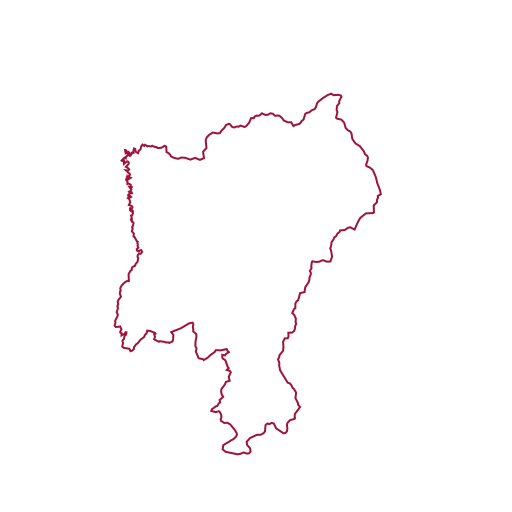 Tosing, Quthing, Lesotho, rotated 235°
{"feature_id": "5366337B57402845150405", "entity_name": "Tosing", "entity_type": "district", "adm_level": 2, "iso_a3": "LSO", "parent_name": "Lesotho", "parent_adm1": "Quthing", "projection": "albers", "projection_center": [28.037, -30.451], "detail": "fine", "context": "isolated", "style": "outline", "palette": "rose", "viewbox_px": 512, "rotation_deg": 235, "n_neighbors": 0, "source": "geoboundaries", "source_scale": "gbopen_adm2", "svg_char_len": 6140}
<svg xmlns="http://www.w3.org/2000/svg" viewBox="0 0 512 512"><g transform="rotate(235 256 256)"><path d="M235.0,393.7L239.1,395.4L246.7,397.3L251.4,399.3L259.2,401.0L263.4,399.9L266.1,398.1L267.6,398.5L269.9,401.8L272.5,404.2L274.3,404.5L276.9,403.7L279.5,404.4L286.3,404.1L291.1,402.1L293.7,402.0L296.8,402.1L301.6,404.5L304.0,404.6L306.4,403.3L309.5,402.9L314.7,404.7L318.8,404.1L322.1,401.1L323.4,400.9L327.2,405.3L329.2,405.7L332.4,408.3L333.4,411.9L335.1,412.9L337.5,417.4L338.7,417.6L340.8,415.9L343.3,411.7L345.8,410.8L346.7,407.4L347.0,401.6L346.7,395.4L346.2,393.8L343.5,390.4L342.7,388.3L343.4,385.1L343.1,382.1L344.2,379.6L344.1,377.7L340.5,373.2L340.4,370.9L339.5,368.8L339.3,367.2L340.9,363.1L340.9,361.2L345.4,361.5L347.2,358.8L351.0,356.5L354.5,356.5L357.1,355.7L358.4,354.8L359.8,352.1L362.9,351.4L364.6,349.7L364.9,346.7L366.2,344.6L369.5,342.7L369.1,339.6L369.6,338.1L370.7,337.0L371.0,334.9L370.1,333.3L371.8,331.0L369.2,327.0L368.0,322.5L368.2,320.7L371.7,318.1L371.9,315.9L373.3,314.2L373.6,312.2L374.6,311.1L375.7,310.4L378.6,310.3L379.8,309.7L380.1,308.5L380.4,306.4L379.2,303.7L378.3,298.9L377.3,297.0L378.7,294.5L381.9,291.4L382.1,287.1L381.5,283.9L379.9,281.3L372.9,277.4L371.7,272.4L366.0,269.5L366.9,265.2L371.3,262.4L372.6,257.5L377.2,254.2L379.5,251.3L380.3,247.9L383.3,245.2L386.3,243.5L388.3,243.8L390.7,243.3L392.4,242.3L397.1,245.2L398.7,244.4L399.0,240.5L400.0,238.6L401.1,237.2L402.3,237.0L403.1,235.8L405.9,234.2L405.8,233.0L408.1,230.6L408.1,230.0L410.8,228.9L410.3,227.5L412.4,226.9L411.7,224.9L409.6,222.6L409.5,220.4L407.9,218.4L410.4,217.2L412.9,218.5L414.1,217.8L413.4,216.9L412.5,216.8L412.2,215.5L410.7,214.8L411.9,213.3L410.9,212.6L410.2,210.7L410.4,210.0L411.6,210.0L412.0,211.1L414.5,211.3L415.6,210.0L417.5,210.0L417.9,209.5L414.8,208.1L413.8,209.9L412.8,210.1L411.9,208.3L411.9,206.3L410.7,205.3L412.0,204.5L411.2,200.6L410.5,200.9L410.4,202.6L410.0,202.8L407.2,200.7L407.5,204.7L406.3,205.4L405.1,205.1L404.4,204.3L403.7,200.6L400.8,201.8L399.6,201.7L399.5,200.0L400.8,198.6L395.1,199.7L394.5,198.5L394.6,196.5L391.9,198.2L392.1,195.2L392.8,194.8L394.6,195.5L392.9,193.3L390.9,193.5L388.8,192.0L388.3,193.3L386.2,194.2L385.0,193.2L383.6,193.8L383.4,193.0L384.9,192.6L385.4,191.9L381.9,192.0L381.2,190.2L381.5,188.8L380.6,188.8L379.6,190.6L378.6,190.4L379.7,188.7L379.3,186.2L378.7,186.0L378.0,187.2L376.1,187.6L376.2,186.2L377.1,185.0L376.9,184.2L375.5,184.8L372.2,183.9L370.7,181.1L368.3,182.9L366.8,182.8L366.0,181.2L366.3,180.6L367.3,180.4L367.0,179.8L365.7,179.1L364.0,179.5L363.7,179.7L364.1,180.8L363.4,180.9L361.2,179.4L360.4,177.7L360.8,176.8L358.3,176.0L357.7,174.5L356.8,174.3L356.6,174.9L355.4,174.0L353.9,174.8L353.2,174.6L351.0,172.1L350.8,171.1L349.1,170.7L347.5,168.5L344.4,168.8L342.3,166.9L341.4,167.4L336.6,166.9L335.4,167.3L334.7,166.2L333.1,165.8L332.2,164.7L330.3,164.4L330.0,162.2L328.8,161.6L327.0,162.6L327.3,163.9L326.6,165.4L324.7,165.1L324.0,162.7L325.0,161.6L324.7,159.9L323.5,158.6L321.7,158.2L319.2,155.6L318.5,152.9L317.3,151.0L317.9,148.6L317.1,147.1L315.8,146.2L315.9,144.7L314.2,141.2L308.4,137.5L309.5,135.8L309.7,133.8L309.1,129.8L308.1,127.3L307.3,126.2L305.2,125.3L304.8,124.2L303.3,122.9L300.1,122.0L298.8,117.8L297.9,116.5L295.4,115.4L294.5,113.7L292.5,113.1L289.9,109.6L287.2,109.2L286.1,108.0L283.7,103.4L282.2,102.8L280.1,100.3L278.3,100.4L276.1,104.3L273.1,103.7L271.6,101.1L270.9,100.9L269.8,101.6L268.1,100.3L268.0,102.3L267.2,103.4L268.4,105.3L267.8,106.1L266.1,104.6L266.1,102.7L263.7,100.1L263.6,98.9L262.8,97.7L261.0,97.2L258.5,94.4L256.7,94.9L252.6,99.1L250.0,98.6L249.5,100.2L249.8,102.5L251.3,103.8L252.4,107.0L252.4,109.2L253.6,113.1L253.9,118.1L255.0,119.6L255.5,122.2L257.3,124.1L255.1,126.4L251.0,129.1L250.0,129.1L250.2,127.7L247.7,126.9L246.3,124.8L245.2,125.2L241.4,127.3L241.4,128.3L238.1,131.9L236.7,132.7L235.6,134.6L234.6,135.0L233.9,138.6L235.5,140.5L238.7,143.0L242.3,142.9L239.9,153.1L239.2,162.6L237.8,165.8L236.1,165.6L233.9,163.4L231.5,162.4L230.3,161.3L226.3,162.3L223.8,160.7L220.4,157.2L216.9,154.6L214.4,154.3L212.2,151.9L205.2,150.4L201.7,153.5L200.7,153.5L200.4,158.2L201.0,161.7L201.0,166.8L201.9,169.1L198.9,173.0L196.6,178.6L194.4,178.2L192.8,178.6L193.0,175.8L192.4,173.5L194.4,171.7L192.1,170.1L191.0,170.0L188.2,171.1L181.6,169.3L179.8,169.3L179.4,166.7L176.9,168.7L175.2,168.7L172.6,164.3L168.9,162.9L170.1,159.2L168.5,156.5L166.8,151.3L164.6,149.4L161.8,148.4L159.5,148.4L158.9,143.6L156.6,142.6L156.6,140.8L155.3,138.2L155.9,136.9L155.7,131.9L154.8,130.5L151.3,133.3L150.2,136.4L149.5,136.9L146.7,136.6L143.9,135.4L142.4,133.2L141.0,132.8L137.5,134.2L135.8,136.9L132.8,138.3L125.3,138.9L121.8,138.5L120.5,137.9L119.5,136.0L119.0,133.5L119.8,120.7L116.8,117.8L113.0,118.8L104.0,127.3L102.9,129.7L102.2,133.1L99.4,135.2L98.4,136.9L98.8,139.3L101.9,140.9L106.2,140.3L109.1,141.7L110.3,146.6L109.0,154.2L106.9,157.2L106.5,160.6L107.2,162.8L111.9,166.7L112.2,167.7L112.1,169.5L110.6,170.5L110.3,173.1L108.5,174.5L103.3,173.6L94.9,176.9L94.1,178.7L94.7,180.8L96.6,182.7L100.1,184.6L101.2,186.0L102.0,190.0L100.4,194.1L101.1,195.2L101.7,195.1L104.3,197.2L107.0,205.5L110.0,205.2L111.3,206.0L117.0,206.8L121.1,210.5L125.4,210.8L126.9,210.3L129.9,210.9L132.3,210.6L134.1,209.3L148.5,210.2L153.1,212.2L154.8,213.7L158.7,214.8L159.9,217.2L161.2,218.1L162.8,223.8L165.6,226.2L170.2,229.0L172.0,232.3L170.4,234.8L171.5,236.5L174.6,238.5L172.6,241.5L172.7,244.3L174.1,246.1L176.4,248.2L177.2,249.8L179.7,250.9L181.9,252.8L185.8,253.5L188.6,253.1L190.7,256.7L190.7,258.3L194.5,261.0L195.6,263.4L195.6,265.2L200.3,270.8L198.6,275.1L202.2,278.4L204.3,284.1L206.2,286.4L207.4,287.1L209.6,290.4L210.6,291.2L212.8,291.5L214.3,294.6L215.9,295.4L219.1,298.4L219.3,299.2L216.6,301.8L215.1,304.5L214.5,307.6L213.7,308.9L210.9,310.6L208.8,313.8L211.9,318.0L217.6,320.7L219.6,321.1L221.4,323.6L224.1,325.9L225.0,328.8L226.3,330.8L226.3,333.0L227.6,335.5L227.8,338.3L228.7,339.6L226.4,343.6L226.3,347.5L225.6,349.6L221.1,352.0L225.2,358.6L227.3,363.0L227.5,364.8L227.9,370.4L224.1,376.4L224.0,377.6L229.9,381.4L230.6,385.8L232.9,387.7L233.7,389.3L235.3,390.2L235.0,393.7Z" fill="none" stroke="#9f1239" stroke-width="2"/></g></svg>